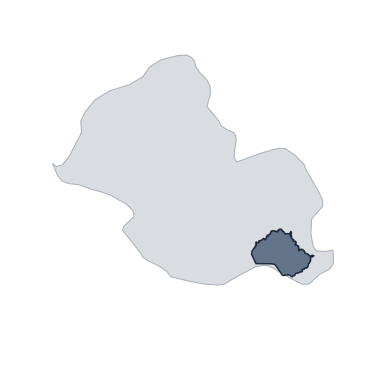 location of Nyamasheke, Western, Rwanda, rotated 245°
{"feature_id": "39286606B22601397790462", "entity_name": "Nyamasheke", "entity_type": "district", "adm_level": 2, "iso_a3": "RWA", "parent_name": "Rwanda", "parent_adm1": "Western", "projection": "albers", "projection_center": [29.106, -2.358], "detail": "fine", "context": "in_parent", "style": "filled", "palette": "slate", "viewbox_px": 384, "rotation_deg": 245, "n_neighbors": 0, "source": "geoboundaries", "source_scale": "gbopen_adm2", "svg_char_len": 6159}
<svg xmlns="http://www.w3.org/2000/svg" viewBox="0 0 384 384"><g transform="rotate(245 192 192)"><path d="M153.8,119.8L158.2,119.7L186.6,112.9L189.4,115.0L194.0,128.2L196.4,130.1L200.3,130.6L208.3,127.6L222.9,117.3L229.3,111.1L236.8,102.3L246.5,92.3L251.8,83.7L257.1,78.6L263.9,77.1L271.5,77.5L276.8,77.7L272.4,79.8L271.5,86.1L276.5,96.2L292.8,117.2L303.2,121.1L309.9,129.3L316.6,143.0L318.5,160.2L315.7,180.9L317.3,196.3L323.3,206.4L324.9,219.4L322.0,235.5L318.5,245.1L314.4,248.3L309.8,249.5L303.5,248.4L295.9,249.8L287.5,252.8L282.3,253.2L279.1,252.6L272.9,250.0L263.2,241.7L245.1,246.3L240.2,246.2L233.6,250.1L228.2,255.0L224.9,255.3L221.6,254.6L206.0,244.8L200.3,245.1L197.9,272.7L195.3,288.0L192.1,294.8L180.9,301.3L169.7,305.1L163.6,304.8L138.9,306.9L129.2,306.9L123.9,304.6L117.0,289.0L103.9,282.1L91.3,278.8L86.2,279.7L81.6,287.9L79.8,295.2L67.6,290.2L63.9,284.0L63.6,273.6L59.1,259.2L61.6,253.1L66.4,249.2L76.5,241.6L91.9,231.1L95.2,226.1L97.4,217.7L96.4,198.4L94.9,182.0L96.7,176.2L103.8,163.5L113.2,150.6L124.2,136.9L130.8,135.5L139.5,130.3L148.7,122.7L153.8,119.8Z" fill="#d9dde1" stroke="#a8b0b8" stroke-width="1"/><path d="M120.6,243.1L120.2,242.9L120.0,242.7L120.2,242.3L120.7,242.0L120.4,241.9L120.3,241.6L120.2,241.5L120.1,241.3L120.2,241.1L120.1,240.9L120.1,240.7L119.3,240.4L118.5,239.8L118.8,239.3L118.8,239.0L118.2,238.7L118.0,238.4L118.0,238.1L118.1,237.8L118.6,237.9L118.7,237.5L119.2,237.4L119.1,237.2L119.3,236.9L119.6,236.9L119.7,236.7L119.4,236.5L119.3,236.0L119.1,235.6L119.0,235.2L118.9,235.1L118.9,234.4L119.1,233.8L119.1,233.5L118.9,233.1L119.3,232.7L119.2,232.5L118.8,232.4L118.8,232.1L119.0,232.0L118.8,231.9L118.9,231.6L118.7,231.5L118.1,231.3L117.9,231.0L118.0,230.8L118.2,230.5L118.2,230.2L118.5,230.0L118.7,229.6L118.8,228.9L119.4,229.0L119.4,228.7L119.2,228.5L118.9,228.4L118.6,228.3L118.2,228.5L117.8,228.3L117.7,227.9L117.2,227.8L117.0,228.0L116.9,227.9L116.9,227.6L116.7,227.6L116.7,227.2L116.5,226.9L116.4,226.9L116.4,227.1L116.2,227.1L115.9,227.0L115.9,226.8L116.0,226.7L115.9,226.5L115.7,226.1L115.4,225.8L115.5,225.7L114.9,225.1L115.0,224.7L114.8,224.2L113.0,221.5L112.5,221.0L111.1,220.2L110.4,219.7L101.2,219.7L100.0,219.8L93.4,233.6L92.6,234.8L92.1,235.5L91.4,236.1L90.8,236.5L90.2,236.8L88.9,237.0L88.7,237.2L88.3,237.1L87.8,237.2L79.8,238.5L78.5,238.9L78.0,239.1L77.7,239.4L77.0,242.2L76.2,244.2L75.7,245.1L75.0,245.7L73.3,246.4L72.8,246.8L72.7,247.0L72.8,247.3L73.3,248.1L73.4,248.6L73.2,249.2L72.9,249.5L74.2,251.5L74.3,252.4L74.0,253.6L73.8,253.7L73.9,254.0L73.6,254.6L73.8,254.9L73.7,255.4L73.9,255.6L73.8,255.9L73.9,256.1L73.9,256.4L73.5,256.8L73.4,257.1L73.5,257.6L73.3,258.1L73.4,258.4L73.5,258.5L74.0,258.6L74.3,258.8L74.5,258.7L74.8,258.7L74.8,258.9L75.0,259.1L75.1,259.3L74.9,259.6L75.0,259.7L74.8,260.2L74.9,260.3L74.7,260.5L74.6,260.9L74.8,261.2L75.1,261.8L75.3,262.0L75.3,262.3L75.5,262.5L75.4,262.8L75.3,263.0L75.1,263.2L74.9,263.2L74.8,263.3L74.8,263.9L74.8,264.1L74.8,264.7L74.9,265.0L75.2,265.0L75.5,265.2L75.9,265.9L76.3,266.0L76.4,266.3L76.5,266.4L76.5,266.5L77.1,266.8L77.3,267.0L77.6,267.1L78.0,267.8L77.9,268.1L78.0,268.2L78.1,268.4L78.2,268.5L78.3,268.7L78.5,268.9L78.8,269.1L79.0,269.4L78.9,269.6L79.0,269.8L79.3,269.9L79.5,270.0L80.1,270.4L80.2,270.5L80.2,270.9L80.5,271.0L80.6,270.9L80.9,271.0L81.4,271.1L81.9,271.6L82.4,271.7L82.4,271.8L82.5,271.8L82.5,272.2L82.6,272.3L82.5,272.5L82.5,272.8L82.4,273.2L82.5,273.6L82.3,273.8L82.3,274.0L82.4,274.4L82.5,274.5L82.6,274.8L82.7,275.0L82.8,275.1L82.8,275.3L83.0,275.2L83.2,274.8L83.5,274.7L83.8,274.4L83.9,274.0L83.6,273.7L83.6,273.4L83.9,273.0L83.9,272.8L83.9,272.6L83.7,272.3L83.6,272.2L83.8,272.2L84.0,272.0L84.2,271.7L84.6,271.7L84.9,271.4L85.0,271.2L85.6,271.3L85.9,271.2L86.2,270.8L86.4,270.9L86.5,270.9L86.7,270.6L87.0,270.6L87.3,270.4L87.6,270.5L87.5,270.4L87.7,269.9L88.0,269.6L88.1,269.2L88.4,269.0L88.3,268.8L88.5,268.7L88.8,268.7L89.4,268.6L89.6,268.6L89.9,268.6L90.2,268.8L90.4,268.7L90.8,268.9L91.1,268.9L91.5,268.6L91.5,268.3L91.7,268.2L92.0,268.2L92.4,268.1L92.7,268.2L93.1,268.0L93.1,267.8L93.1,267.6L93.3,267.2L93.7,266.9L93.8,267.0L94.0,266.9L94.1,266.7L94.0,266.4L94.1,266.2L94.2,265.7L93.8,265.3L93.8,264.7L93.6,264.4L93.5,263.9L93.6,263.3L93.7,263.8L94.2,264.3L94.7,264.6L95.3,264.4L95.8,264.8L96.0,265.1L96.3,265.2L96.5,265.3L96.9,265.2L97.8,265.6L97.8,265.2L98.0,264.9L98.2,265.0L98.7,265.1L98.9,264.9L99.0,264.7L99.5,264.5L99.6,264.3L99.7,264.1L99.8,264.0L99.8,263.9L100.1,263.9L100.2,264.0L100.3,263.9L100.5,264.0L100.6,263.9L100.6,263.7L100.7,263.8L100.9,263.7L100.9,263.9L101.1,263.9L101.2,264.1L101.4,263.9L101.8,264.1L102.2,264.5L102.4,264.6L102.4,264.8L102.6,264.7L102.7,264.8L102.9,264.8L103.0,265.0L103.3,264.8L103.7,264.8L103.8,264.7L104.0,264.6L104.1,264.2L104.3,263.6L104.3,263.4L104.6,263.0L104.9,263.1L105.0,263.3L105.5,263.5L105.7,263.8L105.9,263.7L106.0,263.8L106.3,263.7L106.7,263.4L107.4,263.0L107.6,263.1L108.1,262.8L108.3,262.9L108.9,262.8L109.0,262.9L109.1,262.7L109.4,262.8L109.6,262.6L109.7,262.9L109.9,262.8L110.0,263.0L110.1,263.4L110.4,263.2L110.5,263.0L111.0,263.0L111.1,263.4L111.4,263.2L111.4,263.5L111.6,263.6L111.7,263.9L112.3,264.5L112.5,264.5L113.0,264.6L113.2,264.9L113.4,264.8L113.6,265.1L113.9,265.1L114.3,264.9L114.3,264.6L113.4,264.0L112.7,263.9L113.2,263.3L113.3,263.0L112.8,262.6L113.2,261.8L113.5,261.6L113.8,261.3L113.8,260.9L113.9,260.7L114.2,260.1L114.4,259.5L114.7,259.4L114.6,258.9L114.7,258.7L114.8,258.6L115.1,258.6L116.1,258.4L117.2,258.4L117.8,257.6L118.3,257.6L118.7,257.8L119.0,257.7L119.2,257.3L119.7,257.2L120.0,257.2L120.2,257.3L120.4,257.3L120.7,257.0L120.8,256.7L120.8,256.1L121.1,255.9L121.0,255.7L121.2,255.2L120.9,254.8L121.1,254.5L121.1,254.4L120.9,254.3L120.9,254.0L120.8,253.8L120.4,253.9L120.2,253.3L119.8,253.0L119.8,252.9L120.2,252.1L120.2,251.8L120.3,251.5L120.5,251.4L120.6,251.5L121.0,251.6L121.4,250.9L121.3,250.6L121.4,250.4L122.1,250.2L122.2,249.6L122.3,249.2L122.5,248.9L123.0,248.6L122.9,248.1L123.1,247.8L123.0,247.4L122.6,247.1L122.3,246.9L122.3,246.6L122.3,246.2L122.2,246.2L121.9,246.2L120.9,245.1L120.9,244.7L121.1,244.4L120.7,244.0L120.8,243.7L120.7,243.5L120.6,243.1Z" fill="#64748b" stroke="#1e293b" stroke-width="1.5"/></g></svg>